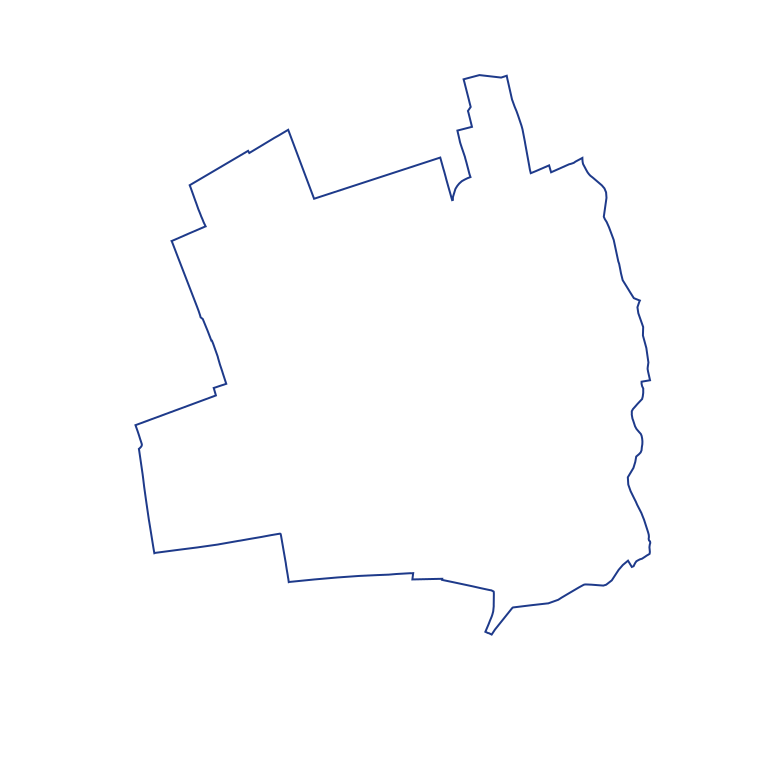 the district of Santandrei, Bihor, Romania, rotated 73°
{"feature_id": "2599482B13806554782288", "entity_name": "Santandrei", "entity_type": "district", "adm_level": 2, "iso_a3": "ROU", "parent_name": "Romania", "parent_adm1": "Bihor", "projection": "albers", "projection_center": [21.841, 47.054], "detail": "fine", "context": "isolated", "style": "outline", "palette": "blue", "viewbox_px": 768, "rotation_deg": 73, "n_neighbors": 0, "source": "geoboundaries", "source_scale": "gbopen_adm2", "svg_char_len": 4689}
<svg xmlns="http://www.w3.org/2000/svg" viewBox="0 0 768 768"><g transform="rotate(73 384 384)"><path d="M478.7,653.1L478.7,652.9L478.7,652.6L478.6,652.2L482.1,631.3L483.9,620.8L485.7,610.4L489.0,589.4L489.0,589.1L491.6,568.1L491.7,567.7L493.0,557.0L494.4,546.2L495.5,536.4L496.7,527.2L497.3,526.7L498.6,526.8L499.6,526.9L507.5,527.9L523.4,529.9L526.7,530.3L528.4,530.6L532.6,531.2L538.1,531.9L541.4,532.4L541.8,532.4L545.6,533.0L545.6,532.5L550.6,507.5L555.3,485.5L560.3,463.8L564.7,446.6L567.7,435.2L568.5,431.5L569.3,427.8L572.7,413.9L572.9,413.6L573.4,411.4L579.2,414.0L587.3,385.3L588.2,385.8L589.1,384.3L593.7,375.9L599.9,364.7L603.4,358.4L607.4,351.4L608.4,349.6L610.8,345.3L611.9,343.3L612.6,341.9L612.9,341.4L613.2,341.2L614.4,339.9L614.8,339.8L616.8,340.3L624.0,342.6L627.4,343.7L628.5,344.0L633.3,346.0L636.2,347.8L638.0,349.1L641.5,352.0L642.4,352.7L644.3,354.2L650.6,359.5L651.6,358.4L652.6,357.3L653.0,356.5L655.1,354.3L651.3,349.7L635.8,327.0L635.4,326.0L638.9,306.3L639.0,305.8L641.6,291.9L641.8,291.2L641.3,280.4L641.2,280.1L640.2,276.6L639.7,274.5L638.7,270.4L637.0,263.3L635.5,257.0L634.5,252.2L634.4,251.7L634.4,251.3L634.5,250.2L635.0,248.7L636.6,244.2L640.9,233.2L640.9,230.2L638.4,223.6L630.3,213.9L626.9,208.5L624.3,202.3L631.4,200.5L631.3,199.6L631.2,198.6L629.7,197.2L628.4,195.9L627.6,194.8L627.3,194.5L626.9,192.7L626.5,190.6L626.5,188.3L625.8,185.9L625.4,184.5L625.2,183.9L624.8,182.6L624.5,181.2L624.1,179.7L623.9,179.6L623.2,179.2L622.1,178.8L620.2,178.4L617.7,177.9L615.3,176.8L613.8,175.8L613.4,175.8L612.3,175.6L611.5,176.1L611.1,176.3L609.5,176.2L607.8,175.4L606.5,175.1L605.7,174.9L603.0,174.8L589.7,175.0L587.6,175.2L582.5,175.6L573.6,177.2L570.1,177.6L566.0,178.3L558.6,179.5L551.6,179.8L544.5,178.1L537.2,170.0L532.0,166.5L527.1,164.0L525.7,160.7L524.5,158.6L522.7,157.1L519.6,155.8L517.2,154.6L514.9,153.8L514.2,153.6L511.8,153.1L508.9,152.8L506.9,153.0L504.9,153.9L504.3,154.2L500.8,155.7L497.8,156.3L496.9,156.3L491.4,156.4L490.2,156.5L489.6,156.5L485.6,156.0L485.2,155.8L482.5,155.0L480.8,153.3L480.5,152.8L477.1,147.3L475.9,145.2L473.8,141.5L473.2,141.2L471.8,140.3L468.3,138.7L464.7,137.6L464.2,137.4L461.5,137.8L459.0,137.6L457.1,137.0L458.2,128.5L450.1,127.9L449.8,127.9L446.6,127.5L445.1,126.9L440.6,124.8L439.7,124.7L426.3,122.6L413.3,122.2L405.3,119.5L390.7,120.1L384.7,119.2L380.0,115.8L379.0,114.9L377.6,116.7L376.4,118.2L374.9,120.0L367.9,121.9L365.5,122.5L360.9,123.7L354.5,125.4L347.3,125.0L343.8,124.6L337.8,124.0L335.3,124.1L313.4,122.2L300.0,123.0L294.2,123.7L290.9,124.6L288.3,124.9L271.0,116.8L265.7,115.6L261.4,116.0L257.7,117.6L247.8,123.9L245.1,125.8L243.2,126.7L242.3,127.0L241.3,127.4L238.6,128.0L231.9,129.3L230.4,129.2L229.0,129.0L227.7,128.7L225.8,128.2L226.1,129.7L227.3,135.8L228.0,137.9L228.1,140.8L228.0,142.7L230.4,162.3L229.0,162.3L223.2,162.2L224.8,176.4L225.2,180.7L225.3,182.0L221.5,181.8L217.6,181.3L194.6,178.6L194.1,178.5L181.9,177.2L180.9,177.1L177.1,177.0L166.2,177.3L162.0,177.5L156.9,178.0L150.7,178.3L149.5,178.4L129.4,176.9L128.9,176.9L125.1,176.5L125.2,182.4L116.5,202.4L116.2,209.9L116.0,215.0L115.9,218.8L119.4,218.9L121.2,219.0L136.2,219.7L138.1,219.8L139.8,219.9L144.4,220.1L147.4,223.9L149.2,223.9L160.5,224.5L163.8,224.7L163.6,228.8L163.5,231.1L163.4,233.3L163.1,239.7L165.6,239.9L172.7,240.4L174.9,240.6L176.9,240.6L181.4,240.5L184.0,240.4L191.0,240.2L191.4,240.3L196.3,240.4L205.8,240.8L208.3,240.9L211.4,240.8L211.6,243.9L212.1,247.1L212.8,250.3L214.3,253.5L215.9,255.9L217.8,258.1L218.5,258.8L224.6,262.9L225.8,263.6L228.1,264.3L228.1,265.1L220.6,264.9L214.7,264.8L210.5,264.7L206.3,264.6L204.3,264.5L201.2,264.4L198.1,264.3L195.8,264.3L183.9,264.0L186.4,396.7L159.4,398.4L112.9,401.3L115.6,412.3L116.7,417.4L116.9,418.1L123.7,445.3L121.3,445.8L127.7,472.5L137.1,511.7L139.6,511.5L148.3,511.1L152.6,510.9L154.6,510.8L156.1,510.7L158.5,510.6L161.0,510.5L163.2,510.4L163.9,510.3L167.3,510.0L168.7,509.9L170.4,509.8L172.0,509.6L173.9,509.4L175.1,509.3L176.5,509.2L181.1,508.5L181.1,508.8L183.1,527.0L184.7,540.7L185.2,545.3L185.5,545.2L192.4,544.7L202.6,544.0L255.4,540.2L260.2,539.9L265.0,539.8L266.4,539.9L266.7,539.8L268.9,538.3L281.9,537.1L292.1,536.4L292.2,535.9L295.4,535.6L300.1,535.4L309.0,535.0L310.8,535.1L317.6,535.2L320.8,535.1L324.7,535.0L327.1,535.0L337.7,534.8L337.8,538.0L337.8,539.5L337.9,543.3L338.0,546.4L338.0,548.0L339.5,548.0L345.8,548.1L346.5,560.2L350.7,633.7L357.3,633.4L361.6,633.3L365.0,633.3L369.3,633.2L370.9,633.2L371.6,633.5L372.1,633.7L372.6,634.2L373.2,635.0L374.0,636.4L374.4,637.4L376.2,637.6L399.6,641.2L404.3,642.0L412.1,643.4L424.6,645.4L445.4,648.6L447.1,648.8L457.3,650.2L473.2,652.4L478.7,653.1Z" fill="none" stroke="#1e3a8a" stroke-width="2"/></g></svg>